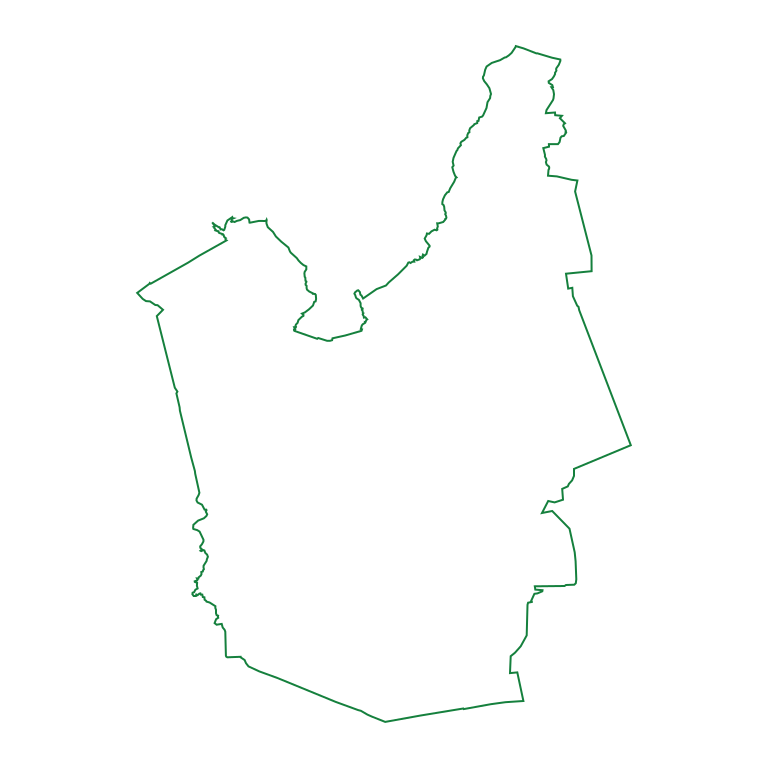 Lunca Corbului, Arges, Romania (Mercator projection)
{"feature_id": "2599482B7235716813280", "entity_name": "Lunca Corbului", "entity_type": "district", "adm_level": 2, "iso_a3": "ROU", "parent_name": "Romania", "parent_adm1": "Arges", "projection": "mercator", "projection_center": [24.731, 44.682], "detail": "fine", "context": "isolated", "style": "outline", "palette": "green", "viewbox_px": 768, "rotation_deg": 0, "n_neighbors": 0, "source": "geoboundaries", "source_scale": "gbopen_adm2", "svg_char_len": 6086}
<svg xmlns="http://www.w3.org/2000/svg" viewBox="0 0 768 768"><path d="M463.7,709.1L490.8,704.2L505.4,702.2L523.4,701.0L517.3,672.4L510.0,673.1L510.7,656.2L515.0,652.7L520.7,646.3L526.7,635.4L527.5,604.8L528.1,602.7L532.7,601.8L530.8,601.7L534.4,593.8L537.4,593.4L542.3,591.3L542.5,590.2L535.3,589.6L534.8,586.3L564.5,586.0L566.0,585.0L574.3,584.7L575.8,583.2L576.3,579.3L575.6,561.3L574.7,552.3L569.5,528.7L552.2,511.0L542.0,513.0L548.2,501.0L554.6,502.4L563.0,499.7L562.2,488.9L567.8,486.4L568.9,483.9L572.1,480.4L574.0,475.9L574.0,468.9L630.8,445.2L579.2,310.2L578.5,306.8L577.2,305.7L572.9,296.2L572.3,287.8L568.2,288.6L566.0,273.7L591.6,271.2L591.5,255.5L575.1,191.5L577.4,180.5L571.6,179.8L556.9,176.4L548.0,175.7L548.5,169.9L549.1,168.8L549.2,167.2L548.9,166.5L546.6,164.6L545.9,162.1L546.5,160.4L546.2,159.0L544.9,156.6L545.0,154.9L543.3,148.1L549.0,146.7L548.9,144.1L558.0,144.1L559.6,142.0L560.5,137.7L561.7,136.3L563.8,136.0L566.2,132.5L566.0,131.8L565.6,131.8L565.8,130.5L563.2,125.9L563.7,124.2L565.0,123.3L559.9,118.2L561.9,115.8L555.2,115.2L555.0,112.5L545.9,113.2L546.5,110.1L553.0,100.0L553.5,98.4L554.0,94.2L553.3,90.1L551.4,87.2L552.9,87.1L552.3,85.1L548.8,82.9L548.6,81.3L552.0,79.1L553.9,76.4L555.1,74.0L555.0,72.9L556.4,70.6L556.1,69.1L556.4,68.2L558.8,64.8L560.4,60.8L560.3,59.5L552.0,57.7L537.3,53.3L536.4,53.4L523.6,48.4L515.8,46.1L515.5,47.1L511.6,52.9L508.8,55.4L506.0,57.3L504.7,57.5L500.2,60.1L491.8,62.9L486.6,66.5L485.2,69.7L483.9,75.4L483.0,76.8L482.9,78.3L484.2,81.1L486.8,84.3L489.4,88.2L491.0,94.0L490.3,95.9L490.1,98.1L487.5,102.2L486.5,108.0L483.1,115.4L482.1,116.6L479.2,117.5L478.5,120.9L477.3,121.1L477.2,123.1L474.3,124.2L473.9,125.0L470.1,128.2L469.3,130.4L469.4,132.3L468.2,133.0L467.3,135.2L467.4,137.3L466.3,137.7L464.4,139.9L461.3,141.8L460.4,143.3L460.9,145.2L457.9,148.4L457.3,150.2L456.5,151.0L453.5,157.9L452.7,161.8L453.6,165.6L452.3,167.2L453.5,171.8L455.1,175.8L456.5,177.4L455.8,177.7L454.2,181.7L450.2,188.3L448.7,192.0L447.3,192.3L444.9,195.3L443.0,199.4L442.4,202.0L442.3,204.1L443.6,205.1L444.2,206.8L444.5,210.4L445.7,212.4L445.7,213.4L445.2,214.1L446.0,215.7L446.4,217.6L446.0,218.7L445.2,219.0L445.1,219.8L443.2,222.0L438.7,223.3L437.2,223.3L437.8,226.5L437.1,228.4L437.4,229.7L437.1,230.0L436.6,230.3L434.6,229.7L431.4,231.4L429.1,233.8L426.9,233.5L426.6,235.2L424.7,238.6L425.9,241.2L429.6,245.7L429.6,246.6L428.4,247.7L427.0,251.7L426.5,253.9L424.5,255.7L423.0,254.6L422.6,255.8L423.0,257.3L422.3,257.9L420.0,256.9L420.4,258.5L419.7,259.3L417.0,260.3L416.0,259.6L414.7,259.5L413.9,260.2L414.3,261.7L412.5,261.7L410.5,263.0L409.4,262.3L408.3,262.6L406.7,265.7L398.0,274.4L388.7,282.5L386.0,285.5L376.6,289.1L363.1,298.5L361.5,295.5L360.4,294.7L359.9,292.1L358.3,290.3L357.3,290.5L355.0,292.4L354.4,293.7L355.2,295.0L355.9,297.3L356.4,298.2L358.9,299.9L360.6,303.2L360.6,305.8L360.9,306.9L361.5,307.9L362.6,308.4L362.7,308.8L361.9,309.2L361.8,309.8L362.6,310.9L362.9,313.3L363.3,313.4L362.7,314.6L363.7,316.1L363.9,317.6L365.4,317.3L367.2,319.4L366.4,319.9L365.5,322.1L364.9,322.0L365.0,322.9L362.7,324.3L361.8,325.5L360.8,329.0L362.0,329.3L361.5,330.8L345.2,335.5L332.5,338.3L332.1,340.2L330.0,340.8L327.1,340.8L318.2,338.0L317.2,338.8L295.0,331.1L294.9,330.3L294.1,330.4L294.0,329.6L295.1,329.3L294.2,327.3L295.8,327.4L296.0,326.8L295.4,326.2L295.9,324.6L297.6,322.8L298.4,320.1L301.8,316.8L303.4,315.9L303.5,314.9L302.0,313.6L304.9,312.4L309.0,309.3L313.0,305.5L314.2,301.9L315.6,301.4L316.1,299.0L315.8,294.9L315.1,294.0L313.1,293.8L313.2,293.5L309.2,291.5L307.0,289.6L306.6,288.1L306.6,285.8L305.6,284.8L305.6,283.4L306.2,282.5L306.4,281.5L305.5,280.8L305.3,277.6L304.7,276.8L304.4,273.3L304.7,271.8L306.3,269.4L306.3,266.4L303.5,265.1L300.8,262.9L298.5,260.5L296.8,258.1L290.7,252.6L289.9,251.3L288.4,247.5L281.3,241.7L275.9,236.5L273.0,231.9L267.8,227.2L266.5,223.6L266.4,221.9L266.7,220.1L266.6,219.8L266.3,220.5L264.8,221.0L259.0,220.9L249.9,222.7L249.5,222.6L249.1,219.4L247.5,217.6L245.9,217.4L243.8,217.8L240.2,220.1L236.8,220.9L234.6,222.0L232.5,221.2L232.5,221.7L231.4,221.9L231.1,221.5L231.7,220.9L231.8,220.1L231.5,219.1L233.4,218.3L232.3,218.1L232.2,217.2L227.4,220.5L225.3,225.2L225.3,226.7L224.2,229.9L223.6,230.3L221.8,229.2L220.7,229.4L219.5,227.2L218.9,227.3L214.7,224.7L212.2,222.4L214.7,225.9L214.7,226.5L213.8,226.9L214.3,227.2L214.3,228.1L215.8,229.9L215.4,230.4L218.2,231.4L218.8,230.5L218.4,231.7L219.1,232.9L222.0,233.9L222.3,234.5L222.9,234.2L223.7,235.1L224.1,236.8L225.7,238.1L225.4,238.3L225.6,239.8L226.5,240.4L199.4,255.6L188.0,262.7L150.7,283.7L149.8,283.0L149.4,283.8L137.2,292.9L142.7,298.9L146.0,301.1L150.0,301.4L155.3,305.0L157.6,305.2L163.0,309.8L156.8,316.1L174.8,387.7L177.4,391.6L176.4,393.4L179.6,407.3L179.9,410.6L191.2,457.5L194.9,471.1L195.2,473.7L199.4,492.8L198.6,495.1L196.6,498.7L196.5,500.5L197.6,502.5L202.0,504.7L204.6,509.7L206.3,509.7L206.5,510.2L205.8,511.7L207.2,514.3L206.4,516.0L203.9,518.3L198.1,520.6L193.4,524.8L193.1,528.0L193.4,529.0L197.2,530.1L199.6,531.6L203.5,539.8L203.4,541.5L201.9,544.3L200.2,546.3L200.3,547.8L202.0,549.4L200.5,550.7L201.2,551.1L203.5,550.1L204.4,550.5L205.3,552.9L207.1,554.6L207.9,556.8L206.9,559.2L206.6,560.9L203.6,565.7L203.5,567.3L203.9,569.2L203.1,570.2L202.8,571.5L201.3,572.0L201.5,574.1L200.8,575.6L198.7,577.3L198.4,578.5L196.9,578.4L197.5,579.7L197.2,580.4L194.7,581.3L194.8,581.9L197.1,582.8L196.9,585.6L197.6,588.5L195.4,589.7L194.1,592.2L192.6,592.7L192.4,594.3L193.7,596.0L196.0,596.0L196.3,595.8L196.1,595.1L196.3,594.5L197.7,595.1L199.4,593.6L200.4,593.4L200.8,594.6L202.3,594.6L202.8,597.0L204.4,597.3L204.6,599.7L206.1,600.8L206.5,601.6L209.6,602.5L215.4,606.2L215.3,607.9L216.0,609.8L216.0,613.3L216.6,615.1L218.1,615.7L217.9,616.7L218.2,617.8L216.1,619.2L214.6,623.1L216.6,624.7L221.7,623.9L222.7,627.5L224.6,629.8L225.3,631.7L225.9,655.6L226.2,656.6L227.3,657.3L240.6,656.8L240.6,657.3L244.6,660.0L246.0,663.2L248.5,666.4L259.3,671.4L277.4,678.0L335.7,701.9L358.2,710.1L360.9,710.8L367.4,714.6L372.1,716.7L385.2,721.9L420.7,715.5L463.3,708.5L463.7,709.1Z" fill="none" stroke="#15803d" stroke-width="2"/></svg>